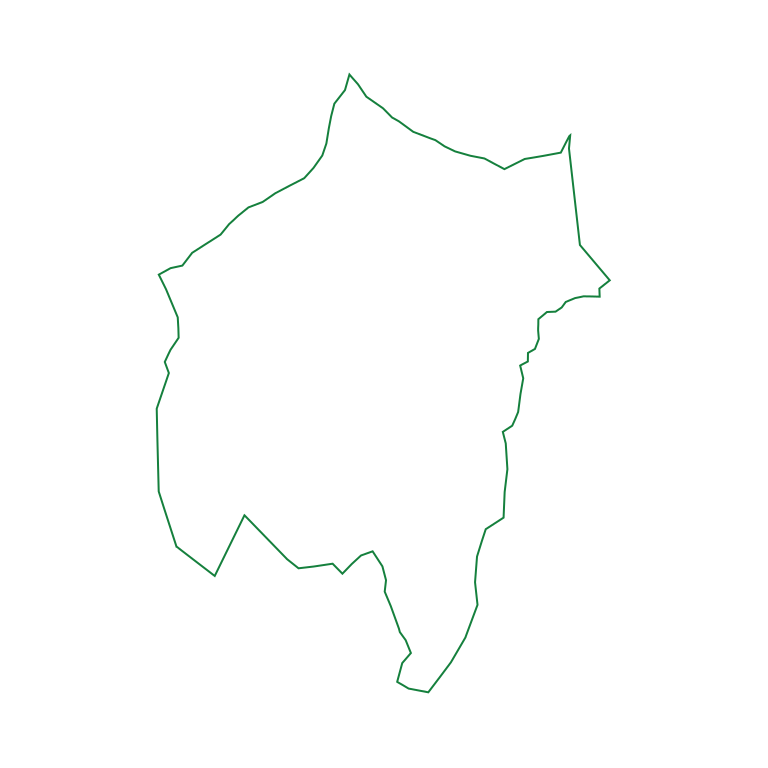 the district of Tandjilé Est, Tandjilé, Chad, rotated 83°
{"feature_id": "50815135B89886025568853", "entity_name": "Tandjilé Est", "entity_type": "district", "adm_level": 2, "iso_a3": "TCD", "parent_name": "Chad", "parent_adm1": "Tandjilé", "projection": "albers", "projection_center": [16.729, 9.658], "detail": "fine", "context": "isolated", "style": "outline", "palette": "green", "viewbox_px": 768, "rotation_deg": 83, "n_neighbors": 0, "source": "geoboundaries", "source_scale": "gbopen_adm2", "svg_char_len": 1923}
<svg xmlns="http://www.w3.org/2000/svg" viewBox="0 0 768 768"><g transform="rotate(83 384 384)"><path d="M159.9,168.9L160.5,169.8L161.9,170.8L165.8,173.5L175.9,180.3L177.0,198.2L177.5,209.2L177.8,216.9L185.4,238.3L178.7,247.9L172.4,256.8L168.0,270.4L161.8,285.1L155.5,294.9L148.2,303.3L145.8,308.1L143.3,312.8L137.3,324.2L125.1,337.2L121.4,342.2L120.6,343.4L110.2,351.4L96.7,366.5L83.3,373.3L76.9,377.7L72.6,380.6L87.5,386.9L99.7,399.1L111.7,403.8L123.5,407.6L138.3,411.9L149.7,417.4L161.0,427.7L170.0,438.1L175.6,453.3L181.4,468.6L188.5,482.2L192.2,497.0L196.2,503.4L196.5,503.8L199.0,507.9L200.5,510.0L202.8,513.1L206.4,518.2L211.8,523.8L215.8,528.0L223.8,544.7L230.4,558.4L241.9,569.7L243.0,581.7L248.0,594.2L263.4,588.8L292.7,580.6L303.5,581.3L313.1,582.2L324.0,591.7L327.7,594.1L335.4,598.9L346.9,596.2L357.9,601.5L358.1,601.6L358.5,601.8L380.8,612.6L412.7,615.8L463.2,620.7L472.2,619.0L473.8,618.7L480.2,617.5L520.1,609.8L520.1,609.7L523.8,606.0L536.6,593.0L553.9,575.4L497.3,538.5L497.4,538.4L545.7,501.8L545.8,501.8L556.5,491.3L556.6,475.9L556.1,457.0L556.1,456.9L567.2,448.4L558.7,437.9L551.4,427.7L548.7,415.7L564.8,407.8L579.0,405.9L590.2,408.6L605.4,404.3L606.3,404.1L628.6,399.0L632.2,398.5L640.9,393.7L654.3,390.1L663.2,399.9L681.2,407.2L681.3,407.2L685.4,401.7L689.3,396.7L695.4,377.6L680.7,363.3L668.4,351.5L656.2,342.2L645.4,334.0L644.5,333.6L614.6,318.1L591.9,317.8L566.6,312.7L552.0,306.1L540.5,300.7L531.2,281.6L505.9,277.4L483.6,271.9L457.8,270.4L446.0,271.9L441.0,261.8L434.9,258.1L428.2,254.3L424.8,253.4L410.7,249.8L395.3,245.1L382.3,246.6L381.6,244.9L379.2,238.5L375.0,237.9L370.7,237.3L367.6,229.9L358.1,224.8L352.4,224.6L349.7,224.5L347.4,224.2L343.8,223.6L338.5,222.9L332.4,213.5L333.1,204.9L329.7,198.3L324.7,193.6L322.0,183.8L321.7,179.6L321.3,175.3L322.4,167.3L323.6,159.3L315.5,158.6L308.6,147.3L269.9,172.6L172.8,171.7L159.9,168.9Z" fill="none" stroke="#15803d" stroke-width="2"/></g></svg>